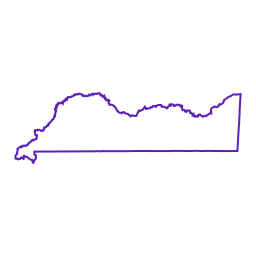 Poptún, Petén, Guatemala (Robinson projection)
{"feature_id": "79465075B98225728966625", "entity_name": "Poptún", "entity_type": "district", "adm_level": 2, "iso_a3": "GTM", "parent_name": "Guatemala", "parent_adm1": "Petén", "projection": "robinson", "projection_center": [-89.691, 16.335], "detail": "fine", "context": "isolated", "style": "outline", "palette": "violet", "viewbox_px": 256, "rotation_deg": 0, "n_neighbors": 0, "source": "geoboundaries", "source_scale": "gbopen_adm2", "svg_char_len": 5769}
<svg xmlns="http://www.w3.org/2000/svg" viewBox="0 0 256 256"><path d="M108.1,100.0L108.0,100.3L107.6,100.5L106.8,100.1L106.5,100.4L106.0,100.0L106.1,99.7L105.6,99.4L106.0,99.1L105.4,98.7L105.3,98.2L104.6,98.0L104.6,97.6L105.1,97.5L104.8,97.1L104.6,97.1L104.3,97.6L104.1,97.4L104.1,96.3L103.5,97.0L103.3,96.9L103.1,96.7L103.4,96.2L103.0,95.9L102.8,96.2L102.5,95.8L102.4,95.9L102.3,95.3L101.5,95.0L101.1,95.4L100.5,95.4L100.3,94.9L100.6,94.4L99.4,93.1L98.9,93.5L97.7,93.4L97.4,93.8L96.9,93.9L95.4,93.7L94.4,94.1L93.2,93.7L92.8,94.8L92.2,94.1L91.7,94.0L90.3,95.2L89.6,95.3L89.0,94.7L88.8,94.9L89.1,95.5L88.2,95.5L87.8,96.0L87.1,96.2L86.1,96.1L85.5,95.6L85.1,96.0L84.4,95.9L83.9,96.2L83.1,95.9L82.7,95.9L82.7,94.7L82.3,94.7L82.1,94.9L79.8,93.6L78.5,93.9L78.4,94.4L77.6,94.4L77.4,94.0L76.1,94.3L75.6,94.4L75.4,95.0L75.1,95.1L75.0,94.6L74.3,94.5L72.8,96.4L72.0,96.2L71.3,96.9L71.0,96.8L70.0,97.3L69.4,97.0L68.9,97.2L68.4,97.0L67.9,97.1L67.4,98.6L66.8,98.5L67.0,99.2L66.9,100.0L66.4,99.9L65.7,99.1L65.3,99.7L65.6,100.0L64.9,100.6L64.7,101.1L63.6,100.9L63.7,101.8L63.2,102.2L63.0,103.0L62.8,102.5L62.3,102.3L62.0,103.0L61.9,103.1L61.4,102.5L60.5,103.3L60.2,103.0L59.3,103.3L58.4,102.9L58.3,103.1L58.3,103.5L57.7,103.6L57.8,105.1L57.6,105.2L57.1,104.7L56.4,105.1L56.5,105.5L57.0,105.3L56.9,106.1L56.1,106.3L56.2,106.7L56.4,106.5L56.6,106.7L56.4,107.0L56.6,107.7L56.3,107.8L56.3,107.4L56.1,107.4L55.9,107.8L56.0,108.3L55.8,108.6L55.5,108.9L55.0,108.8L55.1,109.7L55.6,109.6L56.0,109.9L55.8,110.4L56.2,111.1L55.5,111.9L55.6,112.9L55.2,113.4L55.4,113.8L54.8,114.9L55.0,116.3L54.7,116.3L54.6,115.8L54.4,115.8L53.5,119.2L52.4,119.5L52.0,120.0L51.9,120.7L50.6,121.7L50.1,122.7L49.6,123.4L49.1,123.2L48.5,123.4L48.3,124.1L48.5,124.6L48.4,125.2L48.1,125.7L47.7,126.0L46.8,125.7L46.1,127.1L45.1,127.3L44.5,128.4L44.3,128.5L44.0,128.2L43.7,130.1L43.5,130.3L42.9,130.1L42.6,130.7L42.4,130.9L41.8,130.7L41.4,131.0L40.9,130.9L40.5,130.3L39.6,129.8L38.3,129.9L37.8,129.7L37.5,129.9L37.7,130.3L37.5,130.5L36.0,129.9L34.8,130.5L34.9,130.8L34.6,131.7L34.9,132.0L35.4,134.9L35.7,135.2L36.9,135.1L36.9,136.0L37.0,136.6L36.6,137.1L36.5,138.0L36.7,138.5L36.5,138.9L35.3,139.2L35.0,139.5L34.2,139.6L34.0,140.0L33.2,140.0L33.1,140.5L32.5,140.4L32.3,140.0L32.1,140.1L31.6,140.9L31.1,141.2L30.9,141.7L30.0,142.5L29.2,142.6L28.9,143.3L28.3,143.5L28.3,144.3L27.8,144.9L27.3,144.9L26.8,145.4L26.1,145.3L25.4,146.1L25.0,145.8L25.0,145.6L24.3,145.8L22.9,145.6L22.4,146.8L21.8,146.9L21.3,146.4L20.8,146.5L20.7,147.2L20.0,147.0L18.6,147.8L17.9,149.0L17.5,149.0L17.4,151.0L17.5,151.7L17.1,152.3L17.0,153.1L17.3,153.3L17.2,153.8L16.3,154.5L15.6,155.6L15.4,156.7L15.6,158.6L16.3,158.6L16.6,158.8L17.1,158.6L18.1,159.4L19.2,158.8L20.1,158.9L21.0,157.6L21.5,157.4L23.2,158.8L23.6,158.9L23.8,158.4L23.8,155.9L24.4,155.8L24.9,156.8L26.0,156.7L27.5,157.2L29.5,159.0L30.6,159.7L31.3,159.9L32.0,159.8L32.7,161.0L32.6,162.3L33.2,162.9L33.5,162.6L33.5,162.0L33.9,161.7L34.2,160.2L34.6,159.8L35.3,159.6L35.9,158.4L36.0,157.4L35.8,157.0L35.9,155.2L35.7,155.1L34.9,155.0L34.4,154.4L34.3,154.0L34.6,152.8L34.3,152.2L34.4,151.6L94.2,151.3L95.9,151.2L102.4,151.3L102.6,151.0L106.4,151.2L124.6,151.2L137.1,151.0L170.8,151.1L171.1,150.9L192.7,151.0L196.1,150.8L202.5,151.1L204.5,150.9L227.0,151.1L237.4,151.0L238.8,126.5L239.2,122.9L239.3,117.9L239.6,114.5L239.6,111.0L240.6,94.1L236.3,94.6L234.6,94.3L232.8,94.7L230.1,96.5L229.0,96.6L224.0,100.2L223.7,100.5L223.9,101.5L223.3,102.1L223.1,102.9L222.7,103.3L222.1,103.5L221.1,104.4L220.3,104.6L219.7,104.1L218.9,105.2L218.5,105.3L218.4,106.5L216.5,107.1L215.9,107.1L215.5,106.7L214.5,106.6L214.0,107.0L213.3,107.1L213.1,107.5L212.6,107.6L211.7,108.3L211.1,109.1L211.1,110.0L211.2,110.3L210.8,111.2L211.4,112.0L211.3,113.0L211.0,112.6L210.6,112.6L209.6,113.9L208.8,114.1L208.2,114.7L207.8,114.6L207.4,114.8L207.2,115.2L206.5,115.5L206.3,116.1L205.3,115.8L204.1,115.9L202.8,116.8L202.6,116.8L202.2,116.0L200.3,115.1L199.9,114.5L199.1,115.1L198.6,114.8L197.9,116.4L197.4,115.8L195.9,116.8L195.2,116.0L194.6,116.4L194.1,115.5L192.9,115.8L192.6,115.7L192.7,115.2L193.5,114.0L193.5,113.6L191.8,113.7L191.1,112.9L190.2,113.0L190.2,111.4L189.8,110.8L188.8,110.4L188.2,110.5L187.9,110.8L187.1,110.5L186.7,110.6L186.5,111.9L186.4,111.9L185.9,111.6L185.1,111.4L185.2,110.8L185.1,110.3L184.1,110.0L182.7,110.2L182.1,109.2L182.2,108.0L182.1,107.4L181.4,107.3L181.5,106.4L182.0,106.2L182.1,105.9L181.6,105.8L181.2,105.4L180.7,105.3L179.9,105.8L179.0,104.7L177.6,104.9L176.5,104.7L175.6,105.4L175.4,105.9L175.1,105.9L174.6,105.5L173.9,105.8L173.9,105.0L173.6,104.6L170.6,104.2L170.5,104.6L171.0,105.3L171.0,105.7L170.7,105.8L170.2,104.8L169.5,104.7L169.3,105.7L168.0,106.7L167.9,107.4L167.4,107.7L167.1,108.3L166.8,108.3L165.3,107.1L164.2,107.1L163.5,106.7L162.5,106.5L161.8,106.9L161.5,106.6L161.2,105.1L160.1,104.9L159.4,105.1L158.2,105.0L156.5,105.8L155.7,106.9L155.3,106.6L155.1,105.9L153.0,106.2L152.6,106.5L152.2,107.3L151.9,107.4L151.3,107.4L151.2,107.2L150.7,107.3L150.2,108.0L148.2,108.5L147.2,108.3L146.7,108.9L146.0,109.0L145.2,107.4L144.8,107.9L144.3,107.7L144.3,107.4L143.9,107.9L143.8,108.6L142.3,110.0L141.6,109.9L140.2,111.0L139.6,111.0L139.3,110.4L138.9,110.4L138.6,110.7L138.5,111.8L137.7,112.6L137.5,113.4L136.6,115.1L136.6,115.7L135.6,116.0L134.6,116.0L132.6,115.3L132.0,115.8L131.3,115.7L130.4,116.3L130.1,115.3L129.2,115.3L128.7,114.9L128.4,114.2L127.0,113.7L125.4,113.5L124.9,112.6L124.2,112.5L123.4,112.0L123.0,112.1L122.3,113.1L121.9,113.4L121.1,112.7L119.1,112.6L118.6,112.2L118.2,111.4L117.5,111.4L117.3,111.2L117.0,110.2L116.3,109.3L116.2,108.3L115.1,107.6L114.4,106.2L113.5,105.9L112.7,104.9L110.8,104.6L110.1,105.0L109.4,104.6L109.4,104.2L108.6,103.3L108.7,102.3L109.3,101.5L109.2,100.3L108.9,100.1L108.1,100.0Z" fill="none" stroke="#5b21b6" stroke-width="2"/></svg>